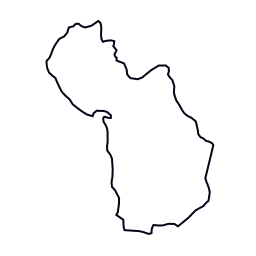 Maradong, Sarawak, Malaysia (orthographic projection), rotated 7°
{"feature_id": "92858781B62656857098547", "entity_name": "Maradong", "entity_type": "district", "adm_level": 2, "iso_a3": "MYS", "parent_name": "Malaysia", "parent_adm1": "Sarawak", "projection": "orthographic", "projection_center": [111.617, 2.17], "detail": "fine", "context": "isolated", "style": "outline", "palette": "ink", "viewbox_px": 256, "rotation_deg": 7, "n_neighbors": 0, "source": "geoboundaries", "source_scale": "gbopen_adm2", "svg_char_len": 1844}
<svg xmlns="http://www.w3.org/2000/svg" viewBox="0 0 256 256"><g transform="rotate(7 128 128)"><path d="M127.0,215.7L134.5,219.6L135.7,226.6L137.0,229.8L151.6,229.0L155.9,229.4L161.3,230.6L164.1,229.6L163.9,224.8L165.1,221.2L170.7,221.0L174.5,220.4L179.8,218.2L185.8,217.6L189.6,219.5L199.1,209.5L205.1,201.5L212.3,196.3L215.0,192.3L216.8,190.5L217.0,181.8L216.0,179.0L215.0,176.6L214.0,174.6L212.4,171.9L210.9,168.3L214.8,134.7L213.4,132.9L209.5,131.5L207.1,131.3L203.9,129.1L201.1,128.3L198.5,125.5L197.7,122.1L195.9,116.9L194.3,113.0L189.4,110.0L185.8,108.8L182.4,106.8L179.6,103.8L177.0,100.0L172.5,94.7L171.5,92.5L170.7,91.3L170.7,90.9L169.3,87.5L169.1,84.9L168.9,81.1L167.5,77.8L166.1,75.0L163.1,72.4L161.1,70.0L161.7,66.8L161.1,63.4L157.7,61.3L153.4,62.0L151.0,62.2L144.4,67.4L140.4,71.4L136.1,76.0L131.7,78.4L124.3,78.2L120.7,75.0L119.5,70.0L116.2,64.4L108.4,62.4L108.2,59.7L106.6,58.7L105.6,56.7L107.2,52.3L103.4,48.5L103.8,47.3L103.8,43.5L100.2,43.1L95.1,44.3L92.7,45.5L90.9,43.1L89.9,39.0L89.5,33.8L88.9,29.8L87.7,27.0L85.5,25.4L83.3,27.4L79.2,31.0L73.2,33.4L69.4,32.6L66.4,30.6L63.4,31.0L61.3,33.8L59.5,34.4L57.1,35.4L56.7,37.2L56.5,38.2L56.1,40.8L53.3,45.1L50.9,46.5L48.7,48.3L45.5,54.5L43.9,58.7L42.2,66.0L41.2,68.4L39.0,71.4L39.4,74.4L40.6,78.6L43.0,82.8L44.3,83.6L46.3,85.1L49.9,87.3L50.8,89.0L52.1,91.2L54.2,94.6L55.1,96.0L57.8,100.0L62.0,103.6L66.4,106.5L70.3,111.3L77.1,115.4L80.5,117.2L85.4,119.6L91.5,120.6L91.9,117.8L94.8,114.6L97.4,114.5L101.6,114.1L105.0,114.5L109.4,117.4L109.7,119.0L109.7,120.1L107.3,120.4L103.9,119.7L102.6,120.2L102.2,121.6L103.0,124.8L106.0,128.6L107.4,131.4L108.2,134.4L109.5,144.7L109.4,148.6L110.2,153.0L113.6,156.5L115.8,160.3L117.9,171.2L118.5,178.6L118.3,184.0L119.3,188.4L122.9,191.6L127.7,198.7L128.3,205.1L128.1,213.0L127.0,215.7Z" fill="none" stroke="#020617" stroke-width="2"/></g></svg>